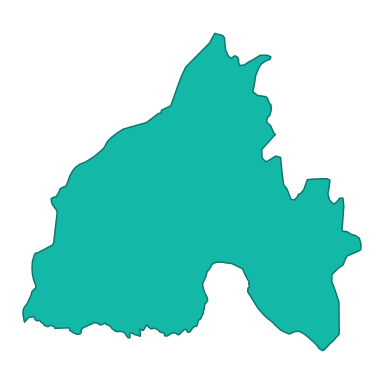 Tall Kalakh, Homs (Hims), Syria
{"feature_id": "27442178B60418009452869", "entity_name": "Tall Kalakh", "entity_type": "district", "adm_level": 2, "iso_a3": "SYR", "parent_name": "Syria", "parent_adm1": "Homs (Hims)", "projection": "equal_earth", "projection_center": [36.286, 34.74], "detail": "fine", "context": "isolated", "style": "filled", "palette": "teal", "viewbox_px": 384, "rotation_deg": 0, "n_neighbors": 0, "source": "geoboundaries", "source_scale": "gbopen_adm2", "svg_char_len": 5899}
<svg xmlns="http://www.w3.org/2000/svg" viewBox="0 0 384 384"><path d="M214.8,33.4L209.4,43.2L196.8,55.9L185.7,67.2L181.4,76.3L178.3,84.5L175.2,93.5L170.7,105.9L161.4,110.2L161.0,113.2L158.6,113.3L146.6,122.5L123.3,129.1L117.8,132.6L111.9,137.0L107.9,140.9L107.1,142.3L103.6,148.4L98.6,152.9L93.0,157.4L85.1,162.2L79.8,164.3L75.4,167.4L72.7,170.8L69.6,176.4L68.1,181.0L66.0,186.1L63.8,186.9L60.3,188.6L58.9,192.0L57.4,194.7L56.2,196.7L54.0,197.1L51.2,198.6L51.4,201.2L52.4,204.6L56.5,210.1L57.2,212.2L53.7,242.8L52.4,245.0L42.0,250.6L37.9,252.6L35.1,253.4L34.1,255.7L32.5,261.1L32.3,263.0L32.2,265.2L32.1,267.2L32.0,268.7L32.1,270.2L32.5,274.8L33.2,277.9L34.0,281.0L35.7,285.1L35.7,287.9L33.5,289.9L32.7,290.9L31.8,291.9L31.0,295.4L28.8,300.0L27.8,302.7L24.0,307.8L23.1,310.5L23.0,312.9L23.2,315.5L24.2,321.1L24.5,321.9L24.9,321.5L26.0,320.7L26.7,319.6L27.5,318.6L28.3,317.8L28.9,317.6L29.8,317.0L30.5,317.2L31.5,317.2L32.4,317.0L33.3,316.6L33.9,316.7L34.3,317.5L34.4,318.2L34.6,318.6L34.9,319.2L35.7,320.1L36.1,320.3L37.0,320.7L37.9,320.9L38.4,320.4L39.1,320.3L39.8,320.7L40.9,321.9L41.9,322.7L42.9,323.2L43.8,324.1L43.9,324.5L43.9,324.9L44.4,325.4L45.2,325.7L46.0,325.9L47.0,326.6L48.3,326.6L49.7,325.8L50.2,325.4L51.2,325.5L52.0,325.7L53.0,326.1L53.8,326.5L54.3,327.1L54.5,327.7L54.6,327.8L55.0,328.3L55.6,328.4L56.0,328.4L57.6,328.2L58.4,328.2L61.0,328.1L62.9,328.0L65.8,328.0L68.2,327.8L69.3,328.0L69.3,328.6L69.5,329.2L69.7,329.7L70.1,330.6L70.7,331.0L71.9,331.8L72.8,332.4L74.1,333.2L76.2,334.0L77.5,334.4L78.9,334.2L80.1,333.8L80.8,333.1L81.1,332.1L81.5,331.1L81.1,330.6L81.3,329.9L82.0,328.6L83.1,328.0L84.2,327.1L85.0,326.9L86.4,326.5L87.6,325.8L88.4,325.4L93.0,323.3L94.0,322.5L94.5,322.8L95.5,322.9L96.2,322.9L98.2,323.5L98.8,324.2L100.1,324.9L101.0,324.9L101.6,324.6L102.7,324.4L104.3,323.2L105.1,323.0L105.5,323.3L105.9,324.2L106.8,324.6L108.8,325.4L110.5,326.6L112.0,328.6L113.3,329.7L115.7,331.3L116.9,331.6L117.9,331.7L119.6,331.4L121.7,331.6L123.6,332.2L124.1,332.6L124.9,333.2L125.6,334.2L126.2,335.3L126.8,336.2L127.4,336.8L128.3,337.8L129.2,337.9L129.8,337.8L129.9,337.2L130.0,336.0L129.9,334.2L130.1,333.2L130.6,332.8L131.4,332.9L132.4,333.4L133.1,333.6L133.8,334.2L134.4,334.6L135.1,334.7L136.5,335.0L138.0,335.4L139.0,335.9L139.5,336.2L140.3,336.0L140.4,335.0L140.5,333.3L140.1,331.6L139.7,330.4L139.5,329.7L139.8,329.1L140.3,329.2L140.6,329.3L140.9,329.4L141.5,329.8L141.7,330.2L142.2,330.4L143.3,330.3L144.2,329.2L145.3,327.3L145.8,326.3L146.2,325.3L146.6,324.8L147.0,325.1L147.3,325.5L148.6,327.1L149.7,328.0L151.0,328.8L151.9,328.9L152.4,328.7L153.3,328.2L154.0,328.2L155.5,328.7L157.2,329.4L158.4,330.2L159.8,331.9L161.1,332.3L161.6,332.5L163.1,332.7L163.5,333.0L164.1,333.4L164.5,334.2L164.5,335.3L165.2,336.0L166.3,336.0L167.1,336.0L168.3,335.3L169.2,334.8L170.4,333.9L171.6,333.3L174.4,332.7L175.1,333.0L175.9,333.4L177.8,334.6L178.6,334.8L178.8,334.7L179.0,334.7L180.7,333.0L183.0,330.9L184.2,329.6L185.4,329.2L186.1,329.9L186.4,330.3L186.8,330.9L187.4,331.8L188.4,332.4L188.7,332.3L189.7,332.0L190.6,331.1L191.6,329.6L192.2,328.6L193.1,327.3L193.6,327.0L194.5,326.6L195.2,326.5L196.2,326.4L196.9,325.7L197.3,324.9L197.5,324.2L197.7,323.4L197.9,322.3L198.1,321.8L198.4,321.2L198.6,320.4L199.2,319.6L199.9,319.2L200.7,318.9L201.0,317.8L202.3,315.3L203.4,313.2L203.4,311.2L204.4,308.5L204.4,307.5L204.8,304.8L205.1,303.5L205.7,303.0L206.3,302.8L206.5,302.5L206.6,301.8L206.8,301.5L207.5,300.7L207.6,299.8L207.5,298.5L206.4,295.9L204.7,292.6L203.7,289.5L202.9,286.4L202.6,284.3L202.8,282.9L203.5,281.7L205.3,277.9L206.0,276.1L207.1,271.9L208.1,270.6L210.0,268.3L211.6,265.0L213.5,263.4L215.9,262.4L217.1,262.2L218.4,262.1L218.7,262.1L221.9,262.1L223.0,262.3L223.8,262.4L224.8,262.7L229.9,263.3L231.3,263.5L231.7,263.5L234.7,265.0L241.2,268.1L242.6,269.0L243.1,270.0L244.0,272.2L245.3,275.0L247.5,279.3L248.5,280.7L249.0,281.5L249.1,282.2L248.9,282.8L248.7,283.7L248.9,284.5L249.4,285.8L249.1,287.2L248.4,287.7L247.8,289.1L247.8,290.5L247.6,291.4L248.7,293.4L250.5,296.2L252.7,299.8L254.1,302.1L255.7,304.6L257.6,307.7L258.5,308.8L261.8,312.7L264.9,316.0L267.3,318.2L267.5,318.3L271.3,321.3L272.3,322.0L275.5,325.4L278.9,328.4L280.5,329.9L281.6,330.6L286.0,332.7L288.8,333.9L290.5,333.6L291.5,333.1L293.0,332.3L294.9,331.6L296.4,331.4L297.5,331.3L299.4,331.5L301.0,332.3L303.1,333.2L306.2,335.6L307.4,336.5L311.4,340.1L315.3,343.6L317.0,345.4L319.1,348.5L320.3,349.2L321.5,350.0L322.1,350.5L322.6,350.6L323.4,350.2L324.5,349.8L325.4,348.6L330.4,343.3L333.0,341.1L336.4,337.1L339.1,334.4L339.2,327.7L338.9,302.7L338.9,301.9L338.8,301.6L336.3,294.0L334.7,289.1L333.1,284.9L333.0,284.6L331.9,281.8L331.9,277.0L331.9,274.6L333.1,273.4L336.8,269.8L338.5,268.1L343.1,264.9L343.8,263.1L344.8,260.5L346.9,256.1L356.6,251.9L359.1,250.8L360.7,249.7L361.0,244.0L359.3,238.2L355.4,235.5L351.3,234.4L347.5,231.9L342.0,230.9L343.8,206.2L343.2,200.3L342.8,198.1L339.6,198.2L336.8,201.9L333.7,204.2L329.6,200.1L327.9,193.9L329.1,187.3L329.8,180.7L329.9,180.1L329.1,179.7L326.9,178.7L315.0,179.0L307.4,179.6L306.4,182.3L303.8,189.6L300.7,193.4L298.6,194.2L297.2,197.0L294.4,200.0L291.1,199.4L290.1,197.0L289.9,196.4L289.6,195.7L289.3,195.1L289.1,194.5L288.7,193.4L288.5,192.8L286.7,188.4L283.7,184.9L282.3,175.1L280.8,160.0L280.5,157.4L276.3,156.3L275.7,156.1L266.5,161.8L264.1,160.2L262.1,157.9L261.7,149.6L275.3,134.5L273.6,132.6L270.7,125.9L266.7,122.1L267.1,118.9L267.2,118.4L267.2,118.1L269.9,115.1L270.8,111.4L271.5,109.6L270.8,104.5L269.3,103.4L268.5,101.2L267.5,98.2L265.8,96.7L259.8,95.7L258.0,95.7L252.8,91.8L254.3,85.1L255.7,75.5L258.9,67.7L261.0,64.3L265.0,61.3L270.1,59.2L270.8,56.9L267.6,55.3L260.2,55.3L251.3,60.7L249.9,61.3L244.3,64.9L241.9,65.3L240.0,65.6L239.0,63.5L238.6,62.8L238.6,61.1L238.4,58.6L237.1,56.9L234.9,55.8L231.0,58.3L228.0,55.5L225.6,49.9L224.4,37.6L222.4,35.4L221.0,35.1L215.4,33.6L214.8,33.4Z" fill="#14b8a6" stroke="#0f766e" stroke-width="1.5"/></svg>